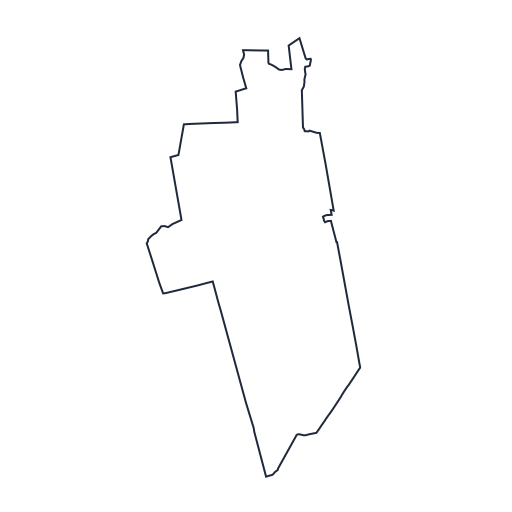 outline of Plopii-Slavitesti, Teleorman, Romania, rotated 93°
{"feature_id": "2599482B4381153451423", "entity_name": "Plopii-Slavitesti", "entity_type": "district", "adm_level": 2, "iso_a3": "ROU", "parent_name": "Romania", "parent_adm1": "Teleorman", "projection": "equal_earth", "projection_center": [24.675, 43.97], "detail": "fine", "context": "isolated", "style": "outline", "palette": "slate", "viewbox_px": 512, "rotation_deg": 93, "n_neighbors": 0, "source": "geoboundaries", "source_scale": "gbopen_adm2", "svg_char_len": 1956}
<svg xmlns="http://www.w3.org/2000/svg" viewBox="0 0 512 512"><g transform="rotate(93 256 256)"><path d="M161.8,346.6L223.9,332.3L225.5,335.3L228.5,341.1L231.8,345.3L230.9,348.8L231.3,352.2L238.2,356.9L239.4,359.2L241.5,361.6L244.8,364.5L247.2,364.8L249.1,365.8L256.7,362.9L268.3,358.5L275.8,355.7L287.6,351.3L298.2,346.8L297.9,344.7L288.6,313.2L286.1,305.5L283.7,297.9L290.0,295.8L303.6,291.4L313.4,288.0L403.2,258.3L427.9,249.3L431.7,248.5L475.8,234.4L474.8,231.5L473.7,228.3L473.2,227.6L471.6,226.4L471.0,226.0L468.5,223.1L466.9,222.8L452.6,215.8L435.6,207.5L432.7,206.1L432.3,205.6L431.8,204.5L431.8,203.1L432.6,198.7L432.3,196.9L431.0,192.7L429.5,186.6L428.5,185.8L423.6,182.8L422.2,182.0L419.0,180.0L416.1,178.2L415.4,177.9L412.5,176.1L406.8,172.4L397.3,166.8L392.5,164.0L391.4,163.5L390.2,162.9L385.9,160.5L381.4,157.8L380.6,157.1L371.5,151.7L364.1,147.4L362.5,146.4L362.2,146.2L360.9,146.3L358.8,146.9L341.4,150.9L321.8,155.6L299.4,161.1L256.8,171.2L237.9,175.8L237.9,176.4L220.9,181.8L217.0,183.0L217.4,186.2L218.7,188.8L216.9,190.1L215.6,190.2L213.4,191.2L212.6,190.3L211.5,187.8L210.9,182.6L206.1,183.8L206.2,182.4L206.6,180.8L204.4,181.3L161.5,191.1L129.8,198.7L129.8,202.0L128.9,205.5L128.0,209.1L128.8,210.0L128.8,213.9L127.9,214.1L126.6,214.7L125.3,215.8L88.1,218.9L84.3,217.1L79.8,216.7L76.9,216.9L72.1,216.0L69.4,216.6L66.4,217.1L64.4,216.7L64.2,215.5L64.0,214.2L63.5,213.2L63.0,212.2L61.0,212.0L60.7,211.9L60.2,211.9L58.2,211.5L56.7,211.5L56.2,211.8L56.5,213.8L57.1,215.5L56.0,216.8L53.2,217.8L36.2,224.0L44.1,234.4L67.6,230.4L67.7,236.2L68.9,240.0L68.6,242.8L66.3,246.3L64.2,250.4L63.4,253.1L62.4,253.7L50.2,254.7L50.6,264.4L51.0,276.4L51.2,279.8L53.3,279.1L55.5,278.4L57.2,278.7L58.9,278.9L62.1,280.8L66.1,282.0L78.1,278.3L89.0,274.5L92.9,284.9L110.2,282.6L123.3,281.3L124.5,293.7L125.6,307.4L127.5,327.9L128.3,334.9L152.4,337.9L155.0,338.2L159.2,338.8L160.9,343.9L161.8,346.6Z" fill="none" stroke="#1e293b" stroke-width="2"/></g></svg>